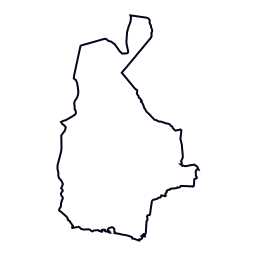 the border of Sistan and Baluchestan
{"feature_id": "IRN-3247", "entity_name": "Sistan and Baluchestan", "entity_type": "Province", "adm_level": 1, "iso_a3": "IRN", "parent_name": "Iran", "parent_adm1": "", "projection": "mercator", "projection_center": [61.271, 28.254], "detail": "fine", "context": "isolated", "style": "outline", "palette": "ink", "viewbox_px": 256, "rotation_deg": 0, "n_neighbors": 0, "source": "natural_earth", "source_scale": "10m", "svg_char_len": 5424}
<svg xmlns="http://www.w3.org/2000/svg" viewBox="0 0 256 256"><path d="M145.3,17.5L147.1,17.8L147.8,18.1L148.5,18.6L149.6,20.0L149.8,20.7L149.6,22.2L149.6,23.0L149.9,23.7L150.7,25.1L151.0,25.9L151.0,27.0L151.1,27.3L151.6,28.5L152.0,29.7L152.2,30.4L152.2,31.1L152.0,31.9L151.4,33.0L151.5,33.5L151.6,35.9L151.4,36.0L151.4,36.3L151.3,37.0L150.9,37.7L148.3,40.9L144.4,45.6L140.9,49.9L138.3,52.9L135.0,57.0L133.2,59.1L130.7,62.1L125.9,67.9L123.5,70.6L121.7,72.7L124.2,75.7L125.9,77.7L127.9,80.1L130.2,82.9L132.6,85.8L135.2,88.9L135.8,89.4L136.5,89.6L137.0,90.0L137.3,90.9L137.2,91.6L136.9,92.9L136.9,93.6L137.2,94.3L138.1,95.4L138.5,96.0L138.6,96.4L138.7,97.3L138.9,97.7L139.2,98.0L139.5,98.1L139.8,98.2L140.1,98.4L140.4,98.9L140.6,99.5L140.8,100.0L141.4,100.2L141.7,100.5L141.8,100.8L141.7,101.1L141.4,101.4L141.1,101.6L141.1,101.8L141.1,102.0L141.4,102.2L141.8,102.4L142.1,102.7L142.4,103.1L143.7,106.1L143.9,106.8L144.0,107.4L144.1,107.9L145.0,108.9L145.9,110.8L146.8,112.0L150.0,114.9L151.3,116.5L153.3,118.4L154.2,119.5L154.8,119.8L156.7,120.3L158.1,121.2L159.1,121.5L161.2,121.7L162.1,121.9L164.7,123.0L168.8,123.9L169.7,124.3L170.0,124.8L170.3,125.2L170.6,125.7L171.1,125.9L171.6,126.1L172.0,126.3L172.2,126.7L172.4,127.3L172.8,128.0L174.8,130.2L175.4,130.6L180.5,129.5L181.2,130.0L181.3,131.2L180.9,134.8L180.4,138.8L181.0,141.2L181.8,144.6L182.0,146.7L182.2,149.5L182.4,151.3L182.7,154.5L182.8,156.3L182.7,157.8L181.0,161.5L181.6,162.2L181.8,162.6L181.7,163.2L181.6,163.7L181.4,164.1L181.1,164.3L180.6,164.3L181.9,165.5L182.4,165.8L182.7,165.8L183.1,165.5L183.3,165.5L183.5,165.6L184.3,166.0L185.3,166.2L186.1,166.1L187.9,165.8L188.7,165.6L190.3,165.1L191.2,165.1L191.7,165.2L192.1,165.1L193.8,164.6L194.1,164.6L194.5,164.7L195.3,165.5L195.6,165.7L196.4,166.0L196.7,166.2L197.0,166.5L197.5,167.2L198.5,169.5L198.0,169.3L197.3,169.3L196.7,169.6L196.4,170.1L196.2,170.5L195.9,171.0L195.8,171.3L195.7,171.7L195.9,175.7L196.2,176.3L196.6,176.9L196.8,177.4L196.7,178.1L196.3,178.5L195.0,178.7L194.5,179.0L194.3,179.5L194.0,184.6L193.7,186.0L193.0,186.6L192.7,186.6L192.4,186.5L192.2,186.3L191.9,186.2L191.6,186.2L190.7,186.4L189.5,186.4L188.3,186.2L185.5,186.1L183.1,186.0L180.9,186.0L180.6,186.1L180.4,186.4L180.1,187.0L179.8,187.2L179.6,187.3L179.3,187.4L178.4,187.6L178.1,187.6L177.8,187.4L177.4,187.3L177.2,187.5L176.9,187.8L176.7,188.0L176.0,188.2L170.8,188.7L170.6,188.8L170.3,189.0L170.1,189.5L169.9,189.6L169.6,189.7L168.9,189.7L168.6,189.7L168.4,189.8L167.9,190.1L167.7,190.3L167.1,190.5L166.8,190.7L166.6,191.0L166.6,191.3L166.7,191.5L166.8,191.7L166.8,191.9L166.5,192.5L165.5,193.5L165.3,193.9L165.5,194.7L165.8,195.3L165.8,195.8L165.1,196.2L164.0,196.0L162.6,195.5L161.4,195.4L160.9,196.2L160.8,197.1L160.5,197.4L159.2,197.6L158.6,197.8L158.0,198.1L156.9,198.9L153.1,199.9L152.4,200.5L151.9,201.4L151.7,202.5L151.4,204.6L151.1,206.5L150.8,208.6L150.4,211.5L150.1,213.9L149.9,214.5L149.5,215.1L148.9,215.2L148.3,215.2L147.7,215.3L147.0,216.3L147.2,217.5L147.5,218.9L147.4,220.1L147.2,220.3L146.8,220.8L146.6,221.1L146.5,221.6L146.4,223.6L146.2,226.6L146.0,230.0L145.8,232.9L144.8,235.7L144.6,235.2L144.5,234.7L144.0,234.3L143.9,234.1L143.7,234.0L143.4,234.2L143.3,234.4L143.3,234.9L143.2,235.1L143.4,235.3L143.7,235.6L143.9,235.8L143.2,235.7L142.7,235.5L142.2,235.5L141.5,236.0L142.2,236.3L142.5,236.4L142.8,236.7L142.6,237.1L142.1,237.7L142.0,238.1L142.0,238.4L141.7,238.6L141.3,238.9L139.6,239.4L140.0,239.7L139.3,240.6L134.1,238.8L132.3,238.5L132.3,237.9L131.8,237.0L127.5,235.5L122.4,234.6L118.1,233.6L115.2,233.2L114.6,233.0L115.1,232.5L114.4,231.4L114.3,231.0L114.3,229.1L114.2,228.8L113.0,227.6L112.6,227.3L112.0,227.3L111.5,227.3L109.3,228.0L108.8,228.3L108.5,228.8L108.0,229.3L107.8,229.7L107.8,229.9L107.9,230.2L108.0,230.9L108.1,231.0L108.3,231.0L108.7,231.1L109.0,231.1L109.2,231.4L109.5,231.8L109.2,231.7L109.2,231.8L110.1,232.3L110.0,232.7L109.6,232.6L108.6,232.2L107.4,231.7L106.8,231.3L105.4,231.4L104.5,230.6L104.8,230.1L104.9,229.9L104.5,229.7L103.9,229.7L102.8,229.7L101.9,229.9L101.5,230.3L101.5,230.5L102.2,231.1L102.0,231.7L101.1,231.7L100.5,231.3L100.2,231.2L99.1,231.0L98.9,230.8L98.5,230.4L98.0,230.1L96.9,230.2L95.3,230.4L93.7,230.5L92.5,231.4L91.2,230.9L89.9,229.7L88.5,229.3L84.9,229.5L83.5,229.5L81.2,229.0L79.7,227.5L78.6,226.8L76.8,227.2L73.1,227.8L72.3,227.9L72.1,227.1L72.9,226.7L73.0,226.2L73.0,225.7L72.5,225.4L72.2,225.0L71.1,223.2L70.6,222.6L70.2,222.1L70.0,221.4L69.5,220.8L68.5,220.4L67.8,219.7L67.7,218.5L66.7,216.8L60.8,211.6L59.7,210.9L59.3,210.7L59.1,210.1L59.3,209.0L59.8,208.1L60.2,207.9L60.8,206.4L61.0,205.1L61.0,203.0L61.4,202.1L61.8,201.6L61.7,200.4L62.3,199.7L62.8,198.4L62.6,197.1L61.5,195.8L60.9,193.8L61.7,192.2L62.7,191.0L62.6,189.8L61.7,188.9L61.1,188.1L62.0,186.6L62.9,184.0L61.3,180.6L58.9,177.9L58.3,175.5L58.4,173.3L58.2,172.0L57.5,169.1L57.5,165.6L61.1,151.6L61.5,147.6L61.3,135.4L64.8,130.7L65.8,127.5L64.7,125.8L62.1,123.8L61.0,122.0L62.8,121.1L66.3,119.9L73.5,115.7L74.9,114.6L75.8,113.6L75.9,112.3L75.6,110.9L74.7,109.0L74.6,106.1L74.2,103.7L74.6,101.4L77.2,97.4L78.2,93.9L78.3,90.8L77.2,83.3L76.0,80.2L74.6,79.2L73.8,78.5L74.1,75.5L80.5,45.9L81.4,45.4L104.7,38.8L106.4,39.1L107.5,40.2L108.2,40.8L111.1,41.6L114.9,44.4L119.8,51.4L122.3,53.6L126.6,53.4L127.6,53.0L128.1,52.3L128.1,51.1L126.6,44.1L126.4,41.4L127.1,32.0L128.6,26.6L130.5,21.9L131.0,17.5L130.4,15.4L135.7,16.1L141.8,17.0L145.3,17.5Z" fill="none" stroke="#020617" stroke-width="2"/></svg>